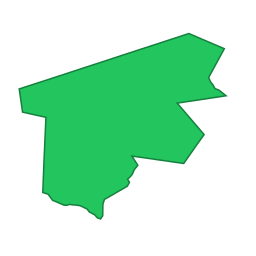 Curralinhos, Piauí, Brazil, rotated 174°
{"feature_id": "56859067B11592620303121", "entity_name": "Curralinhos", "entity_type": "district", "adm_level": 2, "iso_a3": "BRA", "parent_name": "Brazil", "parent_adm1": "Piauí", "projection": "orthographic", "projection_center": [-42.84, -5.603], "detail": "fine", "context": "isolated", "style": "filled", "palette": "green", "viewbox_px": 256, "rotation_deg": 174, "n_neighbors": 0, "source": "geoboundaries", "source_scale": "gbopen_adm2", "svg_char_len": 764}
<svg xmlns="http://www.w3.org/2000/svg" viewBox="0 0 256 256"><g transform="rotate(174 128 128)"><path d="M219.5,72.8L214.4,70.5L210.6,64.0L199.8,58.0L197.2,57.5L194.0,58.1L191.0,57.3L188.3,56.9L183.7,55.7L177.2,51.7L175.2,48.5L170.2,45.1L167.9,41.9L164.8,40.4L162.3,43.4L160.9,54.9L158.9,59.4L134.7,70.2L132.2,73.9L133.8,77.2L131.0,79.1L128.6,81.5L126.0,86.0L122.1,89.9L127.0,99.6L122.4,98.5L76.3,86.9L62.3,103.0L53.0,113.5L70.0,138.2L76.5,147.6L27.1,149.8L33.5,156.1L37.3,158.1L39.2,162.4L41.1,165.3L42.5,169.8L23.9,196.8L44.4,208.2L57.6,215.6L91.6,208.3L125.0,201.2L130.3,200.0L163.1,193.0L191.4,186.9L224.7,179.8L227.6,179.2L232.1,178.2L231.2,154.8L219.3,150.8L208.5,147.2L215.0,104.0L219.5,72.8Z" fill="#22c55e" stroke="#15803d" stroke-width="1.5"/></g></svg>